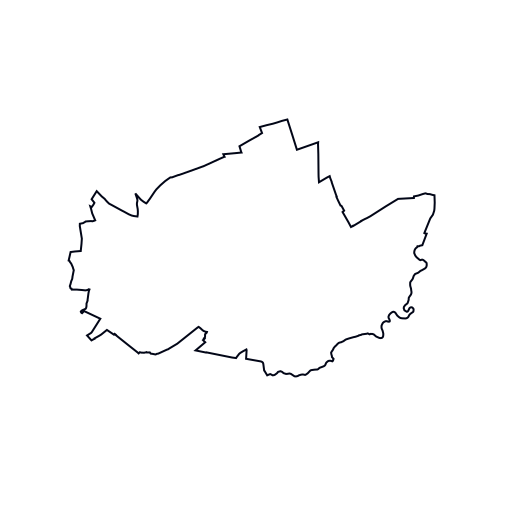 Brates, Covasna, Romania, rotated 153°
{"feature_id": "2599482B24019470005720", "entity_name": "Brates", "entity_type": "district", "adm_level": 2, "iso_a3": "ROU", "parent_name": "Romania", "parent_adm1": "Covasna", "projection": "equal_earth", "projection_center": [26.08, 45.839], "detail": "fine", "context": "isolated", "style": "outline", "palette": "ink", "viewbox_px": 512, "rotation_deg": 153, "n_neighbors": 0, "source": "geoboundaries", "source_scale": "gbopen_adm2", "svg_char_len": 6147}
<svg xmlns="http://www.w3.org/2000/svg" viewBox="0 0 512 512"><g transform="rotate(153 256 256)"><path d="M149.0,329.1L171.3,332.1L168.7,347.5L166.1,363.4L171.5,364.6L176.6,365.4L180.9,366.2L187.0,367.7L194.1,369.2L194.8,362.8L198.7,362.5L199.0,362.3L209.8,361.9L220.9,361.3L222.0,355.1L222.0,354.8L226.9,356.7L238.9,361.5L239.0,358.7L239.3,358.8L244.8,359.1L261.6,359.8L284.6,362.7L288.1,363.2L288.4,363.4L294.3,364.1L295.3,364.2L295.7,364.5L296.6,364.9L299.6,364.5L302.9,364.0L309.2,362.4L314.5,360.6L317.0,359.4L325.1,354.9L325.4,354.8L328.9,353.0L329.9,352.7L330.3,353.3L331.6,355.5L332.9,358.2L333.6,360.6L335.1,366.5L335.5,363.7L335.7,362.2L336.2,359.8L336.7,358.9L338.0,357.3L338.7,356.0L339.0,355.2L340.1,351.5L341.0,349.4L341.7,348.1L342.2,347.1L343.1,345.8L343.7,345.0L346.6,347.0L348.4,348.5L350.4,350.9L353.6,355.6L354.7,357.1L361.6,367.2L363.1,369.3L364.0,371.9L364.6,374.1L364.8,375.3L365.4,376.8L366.4,379.1L368.5,386.1L376.7,381.2L375.8,376.8L376.1,376.5L378.0,375.3L380.2,374.2L381.1,375.5L381.6,372.7L382.6,368.3L383.1,360.8L384.3,360.9L386.0,361.2L387.1,362.0L390.6,363.5L392.2,364.1L393.2,363.9L394.1,363.9L395.2,363.8L398.3,364.7L399.4,362.7L403.3,350.5L406.0,346.0L409.9,340.0L415.2,342.2L419.4,343.7L425.0,337.0L424.5,336.4L424.4,336.1L424.5,335.3L424.1,333.1L424.3,329.2L424.6,327.8L424.8,326.1L429.2,320.5L429.3,320.2L430.3,318.9L432.0,317.5L434.2,315.0L435.2,314.1L435.6,313.6L435.6,312.8L435.9,311.9L435.9,311.4L435.7,311.0L435.2,310.6L435.4,309.7L433.2,308.6L430.9,307.4L426.5,304.7L423.6,302.8L422.3,302.4L421.0,302.2L420.1,302.3L419.6,301.8L420.7,300.8L422.1,299.0L425.7,293.8L426.3,292.9L426.3,292.7L428.6,290.6L429.8,288.3L430.8,287.0L431.6,286.4L432.1,286.3L432.8,286.4L433.9,286.4L434.5,286.5L435.7,286.5L436.5,286.4L437.4,285.9L437.4,285.4L437.3,284.5L436.9,284.0L434.2,285.0L423.2,270.8L436.7,262.8L437.6,262.4L438.1,262.3L442.6,261.9L440.9,255.5L437.9,255.6L437.5,255.5L437.3,255.9L431.9,256.1L429.6,256.3L422.4,257.8L418.3,250.4L417.3,250.8L416.7,249.5L416.9,249.4L416.0,247.3L410.2,234.5L407.3,228.2L405.1,223.4L404.8,222.5L403.2,223.0L402.1,222.0L399.6,220.6L397.3,220.0L397.2,220.0L397.1,219.6L394.4,218.3L394.2,217.1L394.1,216.8L392.4,215.6L390.4,214.0L390.0,213.8L389.0,213.9L387.4,213.4L377.7,213.0L376.9,212.8L374.9,213.0L366.0,213.6L342.5,218.4L340.4,218.8L339.3,218.9L338.3,216.9L337.6,214.9L336.8,213.1L335.3,211.4L334.2,210.6L334.7,210.1L336.9,209.4L338.2,206.9L339.2,206.4L339.6,206.3L339.3,205.7L341.4,205.1L340.4,202.2L352.7,199.3L344.3,192.6L344.0,192.7L323.4,176.4L320.1,174.1L318.9,174.8L315.3,176.5L313.8,176.8L310.9,177.0L307.0,177.1L307.1,176.4L311.5,168.9L299.6,159.9L299.1,159.4L298.6,158.7L298.4,158.2L298.3,157.5L298.4,157.0L298.5,156.5L300.7,150.3L300.6,150.2L300.2,144.6L297.3,144.4L296.9,144.3L296.7,144.1L295.3,142.1L294.1,141.7L293.2,141.6L290.7,142.0L290.0,142.2L289.4,142.6L288.8,142.7L286.8,142.3L286.8,142.2L286.3,142.0L285.8,141.5L285.3,140.8L284.6,139.1L282.8,137.3L281.7,136.8L279.5,136.1L278.4,135.1L276.4,131.5L276.0,131.1L274.9,130.5L273.3,130.1L271.9,130.2L269.7,129.8L268.3,129.3L267.5,128.8L266.3,127.8L266.0,127.7L265.4,127.7L263.2,128.0L261.0,128.8L259.9,129.2L259.1,129.3L258.2,129.1L255.3,128.1L252.8,127.0L251.9,127.0L250.2,127.5L248.4,127.3L247.7,127.2L245.6,127.0L244.3,127.2L243.4,127.7L242.6,128.5L241.7,129.1L239.8,129.6L238.6,129.5L237.4,129.0L235.8,127.5L235.2,127.7L234.9,127.8L234.9,128.1L233.9,128.8L233.6,129.1L234.2,131.5L233.8,132.4L233.5,134.1L233.0,135.7L231.8,136.6L230.9,137.0L229.6,137.8L228.9,138.5L228.1,138.9L226.8,139.5L225.2,139.9L223.4,140.6L222.2,140.9L221.7,141.0L220.3,140.8L219.3,140.5L218.8,140.5L216.7,140.4L215.0,140.7L213.6,140.8L210.4,140.3L205.9,139.4L204.1,138.9L200.7,138.4L200.3,138.6L198.2,138.0L197.8,138.1L197.0,138.0L193.9,136.9L192.8,136.5L191.6,136.3L190.3,134.6L189.3,134.6L187.7,133.7L186.7,132.7L185.5,129.7L183.3,127.0L182.6,126.5L182.1,126.2L181.0,125.9L180.1,126.1L179.6,126.4L179.0,127.0L178.3,128.1L177.8,129.1L177.4,130.7L177.1,132.1L177.0,134.0L176.8,134.9L176.4,135.8L175.7,137.0L174.7,137.8L173.8,138.5L173.0,138.9L172.1,139.1L171.1,139.1L170.4,139.1L169.7,138.9L169.0,138.5L168.4,137.8L167.4,137.1L166.7,137.0L166.3,137.3L166.1,137.8L165.9,139.1L166.0,140.1L165.9,140.8L165.6,141.6L165.2,142.1L164.0,143.1L162.2,143.8L160.5,144.1L159.5,144.1L158.8,143.9L158.2,143.3L157.6,142.3L157.2,138.8L156.8,137.8L156.5,137.0L156.1,136.2L155.6,135.4L155.1,134.9L154.0,134.1L151.4,132.6L150.6,132.3L149.5,132.2L148.7,132.3L147.9,132.6L146.1,133.9L144.7,134.4L141.3,134.9L140.9,135.2L140.1,136.4L139.8,137.0L139.7,137.5L139.8,138.2L140.2,139.1L140.4,139.5L140.9,139.8L141.5,140.0L142.3,140.0L143.0,139.8L144.3,138.8L145.2,138.1L146.0,137.7L146.4,137.7L147.0,137.9L148.4,140.2L148.3,141.0L148.1,142.4L147.9,142.7L147.3,143.5L145.6,144.4L144.9,144.6L142.8,145.0L142.2,145.3L140.7,146.8L139.9,147.6L139.0,149.2L138.6,149.6L137.2,150.4L136.3,150.8L135.2,151.5L134.5,152.2L134.2,152.6L133.8,153.3L133.3,154.9L132.7,156.5L132.5,157.5L132.3,158.6L132.0,159.7L131.6,160.6L130.7,162.3L130.0,162.9L127.6,164.0L126.6,164.6L124.6,166.6L123.3,167.3L122.5,167.7L121.9,167.7L119.8,167.5L118.8,167.5L116.2,168.1L115.1,168.0L112.5,168.1L111.0,168.2L109.8,168.6L109.3,168.9L108.6,169.6L108.0,170.4L107.3,172.0L107.2,172.5L107.4,173.3L107.8,174.0L108.0,174.8L108.4,175.7L108.8,176.5L109.4,177.2L109.8,177.4L110.4,177.5L111.1,177.6L111.5,177.7L112.1,178.6L113.5,182.0L113.9,184.1L113.7,186.8L113.0,188.0L112.1,189.1L110.9,190.0L110.0,190.4L108.5,190.7L107.7,191.4L106.5,190.7L105.1,190.7L102.9,190.1L93.8,198.4L95.1,199.3L95.6,200.0L84.2,209.9L83.6,210.4L79.6,212.5L76.7,215.4L75.6,217.0L72.6,222.3L69.4,229.1L71.0,230.3L73.0,232.2L75.1,233.4L76.4,234.8L76.9,235.0L79.3,235.5L84.0,236.2L88.2,237.4L89.0,236.0L103.5,242.4L117.8,241.3L136.2,239.5L140.3,239.4L141.6,239.5L146.3,239.5L146.3,239.3L156.0,238.6L156.0,238.9L158.2,238.7L158.3,244.2L158.9,255.9L156.9,256.4L157.0,260.2L157.1,261.9L157.8,262.6L157.7,268.1L157.5,272.2L157.1,272.3L156.9,274.4L155.1,287.2L154.9,287.6L154.5,291.7L154.1,293.7L157.2,293.7L166.4,293.1L164.3,298.1L163.1,300.6L154.2,318.5L149.9,327.6L149.0,329.1Z" fill="none" stroke="#020617" stroke-width="2"/></g></svg>